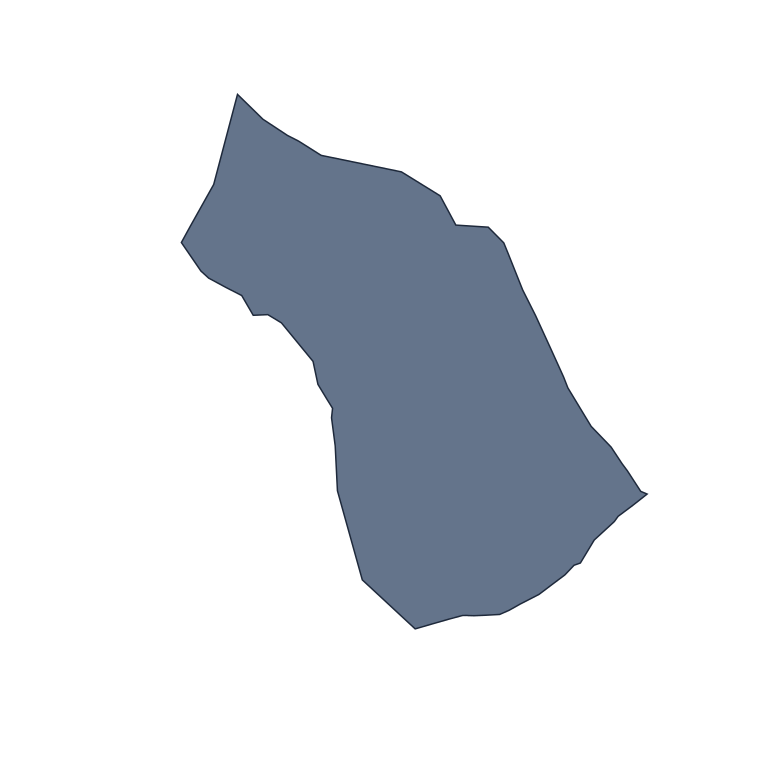 outline of Ongon, Sühbaatar, Mongolia, rotated 303°
{"feature_id": "93677404B32966935897254", "entity_name": "Ongon", "entity_type": "district", "adm_level": 2, "iso_a3": "MNG", "parent_name": "Mongolia", "parent_adm1": "Sühbaatar", "projection": "natural_earth1", "projection_center": [112.987, 45.441], "detail": "fine", "context": "isolated", "style": "filled", "palette": "slate", "viewbox_px": 768, "rotation_deg": 303, "n_neighbors": 0, "source": "geoboundaries", "source_scale": "gbopen_adm2", "svg_char_len": 975}
<svg xmlns="http://www.w3.org/2000/svg" viewBox="0 0 768 768"><g transform="rotate(303 384 384)"><path d="M547.1,103.4L458.6,132.5L411.2,135.6L392.3,137.0L379.0,169.0L377.3,179.4L378.9,198.9L380.7,216.5L370.4,236.9L378.9,248.8L379.4,264.7L364.3,312.2L347.7,328.8L340.4,343.9L335.6,354.1L327.1,358.4L305.5,376.8L269.1,403.1L207.9,472.5L195.6,543.5L195.8,543.7L196.0,543.8L196.5,544.3L208.1,554.3L221.9,566.3L232.6,575.9L235.3,579.9L235.4,580.3L238.7,585.7L244.8,594.3L253.7,606.5L262.4,612.2L273.3,617.9L292.0,628.6L307.2,634.1L322.5,639.7L335.5,642.1L340.8,646.2L367.7,645.3L394.1,652.1L400.5,652.4L417.6,658.7L430.5,663.1L435.0,664.6L433.8,657.8L443.7,635.5L446.9,626.9L454.8,608.8L461.3,580.8L480.9,540.3L487.7,530.8L504.0,505.3L523.9,473.9L538.4,449.1L560.8,417.4L567.6,407.6L572.3,386.0L556.4,357.7L572.4,328.6L571.4,283.1L541.5,206.7L541.6,206.2L541.5,205.6L541.2,180.2L539.9,167.7L540.1,138.3L547.1,103.4Z" fill="#64748b" stroke="#1e293b" stroke-width="1.5"/></g></svg>